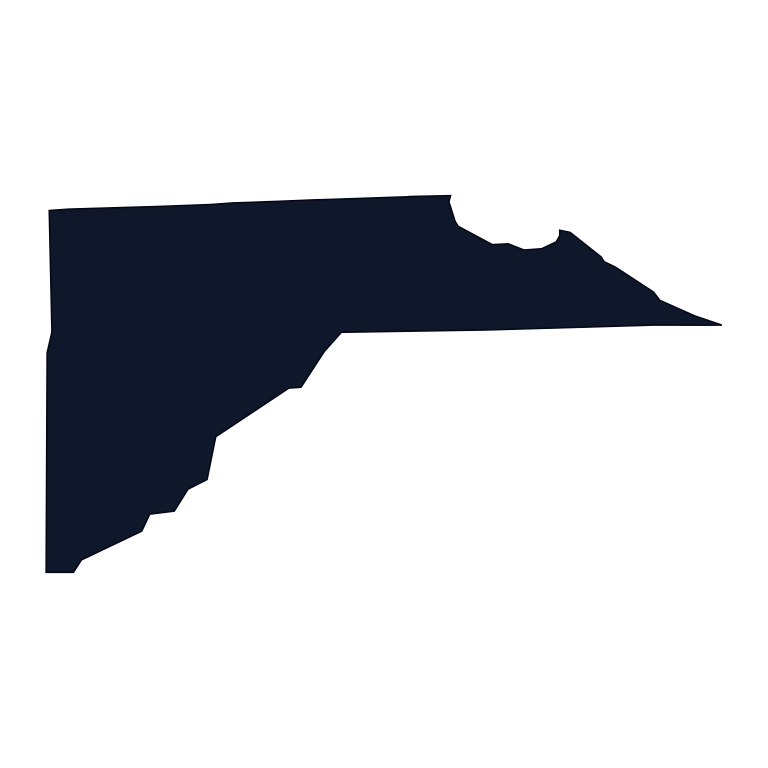 Lucas, Ohio, United States of America
{"feature_id": "52423323B77631375313133", "entity_name": "Lucas", "entity_type": "district", "adm_level": 2, "iso_a3": "USA", "parent_name": "United States of America", "parent_adm1": "Ohio", "projection": "natural_earth1", "projection_center": [-83.542, 41.574], "detail": "fine", "context": "isolated", "style": "filled", "palette": "ink", "viewbox_px": 768, "rotation_deg": 0, "n_neighbors": 0, "source": "geoboundaries", "source_scale": "gbopen_adm2", "svg_char_len": 855}
<svg xmlns="http://www.w3.org/2000/svg" viewBox="0 0 768 768"><path d="M46.5,485.8L46.1,572.4L73.4,572.4L81.5,559.9L141.8,531.1L149.7,514.2L174.3,511.1L188.0,489.2L207.1,479.5L215.8,436.7L288.9,388.1L301.0,387.3L324.3,351.5L341.4,332.3L486.3,330.0L653.5,325.1L706.2,325.2L721.9,325.1L694.8,315.9L674.8,307.0L659.8,300.3L659.0,299.2L653.6,292.1L615.7,267.3L604.2,261.7L601.1,256.9L570.2,232.4L559.7,230.2L559.7,235.8L556.1,241.9L541.7,248.7L524.1,250.0L508.2,243.8L492.3,244.6L461.2,227.9L458.5,226.4L458.0,226.1L455.2,221.5L448.9,201.7L449.0,201.7L450.6,195.6L409.3,196.5L407.4,196.8L403.9,196.9L403.1,196.9L327.0,199.5L326.7,199.5L318.9,199.7L317.6,199.7L278.6,201.3L275.8,201.4L266.4,201.7L251.0,202.3L232.8,202.9L210.6,204.5L159.6,206.4L68.8,209.1L49.2,210.5L51.9,331.9L47.1,352.9L46.5,485.8Z" fill="#0f172a" stroke="#020617" stroke-width="1.5"/></svg>